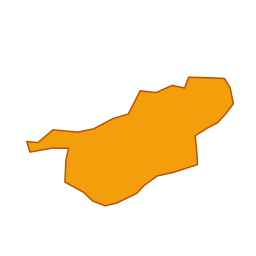 Kampia, Nicosia, Cyprus (orthographic projection), rotated 201°
{"feature_id": "46923920B79725215059171", "entity_name": "Kampia", "entity_type": "district", "adm_level": 2, "iso_a3": "CYP", "parent_name": "Cyprus", "parent_adm1": "Nicosia", "projection": "orthographic", "projection_center": [33.243, 34.987], "detail": "fine", "context": "isolated", "style": "filled", "palette": "amber", "viewbox_px": 256, "rotation_deg": 201, "n_neighbors": 0, "source": "geoboundaries", "source_scale": "gbopen_adm2", "svg_char_len": 571}
<svg xmlns="http://www.w3.org/2000/svg" viewBox="0 0 256 256"><g transform="rotate(201 128 128)"><path d="M217.6,79.1L210.9,70.4L191.6,82.0L176.2,87.8L174.3,75.2L167.5,54.9L146.3,52.0L134.8,47.2L121.3,47.2L111.6,53.9L96.2,70.4L92.4,80.1L83.7,93.6L69.2,103.3L50.0,118.8L54.8,129.4L62.5,144.9L53.8,156.5L46.1,165.3L41.3,177.8L38.4,188.5L47.0,202.1L55.7,208.8L73.1,203.0L89.5,197.2L89.5,185.6L102.0,183.7L114.5,171.1L129.9,167.2L132.8,141.1L145.4,131.4L159.8,114.9L173.3,106.2L197.4,99.4L207.0,82.0L217.6,79.1Z" fill="#f59e0b" stroke="#b45309" stroke-width="1.5"/></g></svg>